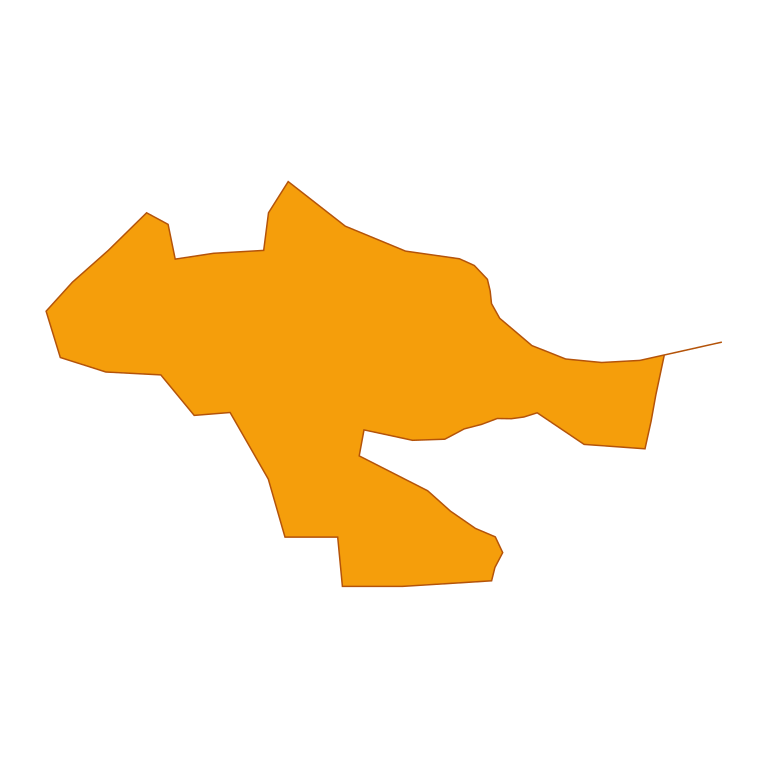 an SVG outline of Nauksenu
{"feature_id": "LVA-5792", "entity_name": "Nauksenu", "entity_type": "Municipality", "adm_level": 1, "iso_a3": "LVA", "parent_name": "Latvia", "parent_adm1": "", "projection": "equal_earth", "projection_center": [25.495, 57.899], "detail": "fine", "context": "isolated", "style": "filled", "palette": "amber", "viewbox_px": 768, "rotation_deg": 0, "n_neighbors": 0, "source": "natural_earth", "source_scale": "10m", "svg_char_len": 813}
<svg xmlns="http://www.w3.org/2000/svg" viewBox="0 0 768 768"><path d="M489.8,289.4L490.2,291.3L491.5,303.6L499.7,318.3L531.9,345.6L565.7,359.0L601.7,362.5L639.9,360.4L721.9,342.1L664.3,355.0L655.8,395.1L651.1,421.2L645.0,448.8L584.1,444.4L537.2,412.8L523.9,417.0L511.4,418.7L497.2,418.5L481.8,424.3L464.2,428.9L444.8,439.2L412.5,440.3L364.0,429.9L359.2,455.9L427.7,490.8L450.5,511.2L475.4,528.4L495.3,536.9L502.7,552.6L494.9,567.5L491.6,580.8L402.3,586.4L342.4,586.4L337.7,537.1L285.0,537.1L268.3,479.1L230.1,412.5L194.2,415.4L160.8,374.9L105.8,372.0L60.3,357.5L46.1,311.2L72.4,282.2L108.3,250.4L146.6,212.8L168.1,224.4L175.2,259.1L213.5,253.3L263.7,250.4L268.5,212.8L288.2,181.6L345.3,226.2L405.5,251.1L459.5,258.8L474.3,265.5L487.4,279.3L489.8,289.4Z" fill="#f59e0b" stroke="#b45309" stroke-width="1.5"/></svg>